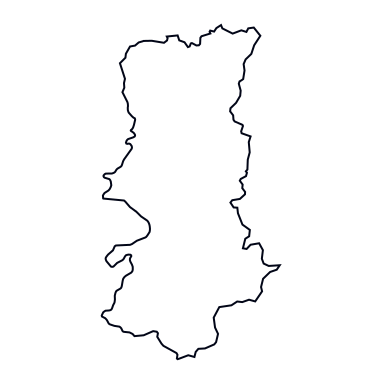 SVG path tracing the border of Powys, rotated 181°
{"feature_id": "GBR-2111", "entity_name": "Powys", "entity_type": "Unitary Authority (wales)", "adm_level": 1, "iso_a3": "GBR", "parent_name": "United Kingdom", "parent_adm1": "", "projection": "mercator", "projection_center": [-3.28, 52.311], "detail": "fine", "context": "isolated", "style": "outline", "palette": "ink", "viewbox_px": 384, "rotation_deg": 181, "n_neighbors": 0, "source": "natural_earth", "source_scale": "10m", "svg_char_len": 3754}
<svg xmlns="http://www.w3.org/2000/svg" viewBox="0 0 384 384"><g transform="rotate(181 192 192)"><path d="M247.0,46.9L247.1,47.0L248.9,49.0L252.0,50.5L257.7,51.0L258.5,51.3L259.1,51.9L260.3,54.4L261.2,55.4L262.2,56.1L267.3,56.8L271.7,58.2L272.7,58.8L273.0,59.1L274.9,62.5L275.8,63.5L276.6,64.3L279.8,65.9L280.1,66.7L279.8,67.6L278.7,70.1L277.5,71.1L276.4,71.8L272.9,72.1L271.7,72.4L270.9,72.8L270.3,73.5L269.8,74.6L268.9,77.4L267.6,80.0L267.4,81.2L267.2,83.2L267.4,86.9L266.8,89.7L266.2,91.3L265.4,92.1L261.9,94.2L261.2,94.9L260.7,96.1L260.4,97.7L259.8,101.8L259.5,103.2L259.2,104.2L258.0,105.9L256.5,107.2L251.4,110.3L250.8,111.0L250.2,111.9L249.9,113.2L249.9,114.9L250.0,116.3L250.8,118.4L252.2,120.9L252.6,121.8L252.9,122.8L252.9,124.0L252.6,125.0L251.6,126.7L251.7,127.6L252.5,128.2L254.4,128.3L255.8,128.0L256.9,127.6L257.6,126.8L258.1,126.0L259.1,124.0L259.7,123.3L260.4,122.6L265.6,119.8L269.1,116.2L269.9,115.8L270.9,115.8L271.7,116.0L276.3,121.3L276.9,122.6L277.2,123.7L277.0,124.9L276.1,126.3L274.8,128.0L270.0,132.3L268.3,136.4L267.1,137.2L253.0,138.1L251.1,138.9L246.3,142.3L237.9,145.7L237.1,146.2L235.9,147.7L233.7,151.3L233.5,152.5L233.4,153.7L233.4,154.8L233.7,157.2L234.0,158.5L234.5,159.9L235.0,160.9L235.6,161.8L236.3,162.6L242.5,166.7L247.2,171.2L253.8,175.9L258.5,181.2L259.8,182.3L280.5,183.9L280.7,184.0L281.0,186.8L280.5,187.9L279.4,189.5L275.6,192.0L274.4,193.4L273.4,195.4L272.8,197.4L272.9,197.9L273.4,201.1L274.0,202.4L274.8,203.4L279.4,204.7L280.2,205.2L280.7,206.0L280.7,207.0L279.6,208.3L278.5,208.9L272.3,209.1L270.5,209.8L269.8,210.3L269.2,210.8L268.0,212.9L267.4,213.6L266.7,214.2L264.2,215.7L263.4,216.3L262.8,217.1L262.4,218.2L261.4,221.6L260.5,223.4L253.0,234.3L252.8,235.6L253.1,236.9L254.5,238.8L255.7,239.3L256.7,239.2L257.6,239.0L258.5,239.3L258.9,240.2L258.4,241.9L257.7,243.0L256.8,243.8L252.0,245.5L250.4,246.4L249.9,247.3L250.1,248.5L251.4,250.2L254.2,252.1L254.3,252.4L254.1,252.9L253.2,253.6L252.6,254.4L252.0,255.5L251.2,258.1L250.1,263.2L250.2,263.9L250.5,264.7L251.8,265.3L253.5,266.8L256.7,270.3L257.2,271.5L257.6,272.9L257.7,275.3L257.5,276.8L257.7,279.1L258.1,280.7L263.3,290.6L261.5,295.1L261.9,299.7L261.0,304.0L266.3,319.5L260.9,325.1L260.5,329.1L256.5,336.4L251.5,337.4L247.9,340.6L244.0,341.8L243.0,342.2L234.9,342.5L222.6,340.7L219.6,343.1L219.1,345.4L219.9,347.0L211.6,348.0L209.1,348.3L207.4,343.4L202.1,341.6L198.6,336.8L196.9,337.5L195.8,340.5L194.7,340.9L193.1,340.1L190.2,338.6L187.7,338.8L186.5,340.2L186.3,346.3L185.2,347.9L176.4,350.8L177.2,352.5L176.6,353.7L172.7,352.8L170.5,356.3L165.9,359.4L164.5,356.1L154.1,351.1L145.5,354.5L140.4,353.0L138.6,356.6L133.1,357.5L126.4,349.4L132.4,339.8L135.1,331.1L140.7,325.5L142.6,320.8L141.6,314.4L142.8,305.8L144.4,304.6L146.4,303.4L147.1,301.1L145.1,294.2L145.5,289.0L149.5,281.9L155.0,276.4L155.3,273.3L152.2,269.4L151.8,265.0L150.6,263.3L142.7,260.0L142.2,258.9L143.9,253.5L143.4,251.6L137.1,249.5L134.4,248.6L136.1,242.9L135.0,232.6L136.8,225.3L137.0,215.4L138.5,213.6L137.4,212.2L138.3,208.8L143.5,205.9L144.4,204.1L141.5,200.3L141.8,196.7L138.9,193.0L139.0,190.6L144.0,185.9L151.6,184.5L153.4,182.1L150.1,177.3L146.4,177.1L145.7,171.6L141.0,160.3L133.5,155.1L134.1,148.7L137.9,146.2L140.1,136.6L136.4,136.0L132.5,140.3L124.0,141.9L120.1,135.1L121.0,126.5L119.1,121.7L114.0,119.4L103.0,120.3L105.9,115.8L112.5,113.4L119.4,106.5L121.3,98.2L120.2,93.9L126.9,83.7L133.1,85.3L139.8,82.8L144.9,83.3L150.6,79.4L162.7,77.4L168.1,66.8L166.6,56.9L163.5,50.6L165.3,42.3L167.1,40.0L176.3,35.8L182.9,35.3L185.5,32.2L186.7,27.1L192.9,28.7L201.2,25.4L203.4,24.6L204.2,25.2L203.7,29.0L204.7,30.7L217.9,37.7L219.9,39.9L224.2,46.6L223.6,50.2L224.8,51.7L228.4,52.2L237.8,47.9L246.9,46.9L247.0,46.9Z" fill="none" stroke="#020617" stroke-width="2"/></g></svg>